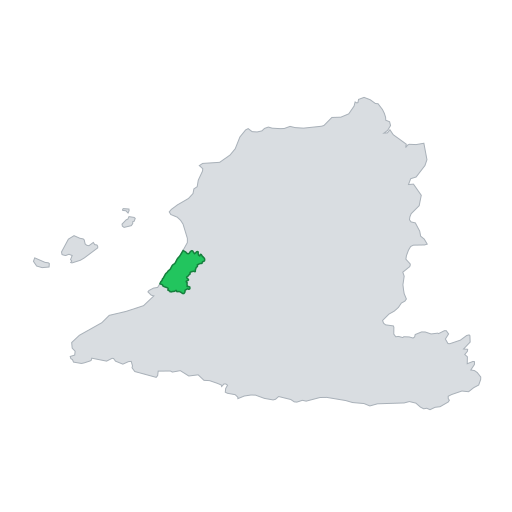 Castellón on a map of Spain (Robinson projection), rotated 179°
{"feature_id": "ESP-5814", "entity_name": "Castellón", "entity_type": "Autonomous Community", "adm_level": 1, "iso_a3": "ESP", "parent_name": "Spain", "parent_adm1": "", "projection": "robinson", "projection_center": [-0.258, 40.248], "detail": "fine", "context": "in_parent", "style": "filled", "palette": "green", "viewbox_px": 512, "rotation_deg": 179, "n_neighbors": 0, "source": "natural_earth", "source_scale": "10m", "svg_char_len": 6389}
<svg xmlns="http://www.w3.org/2000/svg" viewBox="0 0 512 512"><g transform="rotate(179 256 256)"><path d="M276.6,113.7L276.6,115.1L279.2,117.7L287.1,119.3L289.1,120.4L288.6,124.1L286.7,127.3L288.4,128.6L290.3,128.6L292.6,126.1L293.1,127.7L296.7,129.3L304.6,132.2L310.2,132.6L315.9,138.2L325.3,137.2L333.7,142.7L341.7,141.4L343.5,142.5L355.8,142.6L356.4,138.2L357.9,136.4L379.2,142.6L381.9,146.4L381.4,148.3L382.6,152.8L385.4,152.6L391.0,150.2L398.3,153.3L400.2,156.0L401.7,156.2L407.2,153.5L422.0,156.7L422.6,154.6L423.6,154.0L429.8,152.1L432.4,151.6L440.3,153.1L441.3,155.6L442.9,156.6L443.5,158.8L439.0,160.1L438.5,163.9L441.4,167.1L441.8,172.7L434.0,179.8L411.3,192.0L403.8,199.2L386.8,202.9L369.3,208.3L358.8,217.9L361.5,218.7L364.7,222.0L363.6,223.4L359.0,225.7L354.9,226.3L347.3,238.3L336.6,250.6L332.7,256.2L324.4,270.6L324.3,274.8L328.4,289.2L330.8,293.0L334.1,296.2L340.4,298.9L342.0,301.6L339.8,304.1L333.5,308.6L322.5,314.7L317.9,319.5L316.9,324.2L313.6,326.3L312.4,332.8L308.0,341.8L307.7,344.2L311.1,347.4L307.7,349.5L290.7,350.3L280.2,357.4L274.9,363.6L270.0,375.3L264.2,382.2L261.6,383.5L257.7,380.4L252.7,380.0L247.9,381.0L245.3,383.4L241.4,384.7L237.5,383.5L229.2,382.9L225.5,383.0L219.7,385.0L214.7,383.7L206.3,383.0L188.2,384.6L185.8,385.3L177.7,393.2L168.8,393.3L160.8,396.5L155.3,404.2L154.2,408.3L152.6,407.3L151.4,407.6L150.7,410.8L145.2,412.7L139.0,410.2L134.0,406.4L131.3,406.1L127.0,400.2L125.2,396.4L124.0,392.4L123.9,389.5L120.1,387.9L119.2,384.1L122.2,379.3L126.0,376.6L122.5,376.8L119.9,379.9L116.7,374.9L103.8,365.2L104.5,361.8L102.3,364.4L100.7,365.0L94.0,364.6L86.2,365.8L83.4,349.3L85.5,343.5L94.5,332.2L100.0,330.6L102.3,324.8L97.3,325.1L89.7,313.8L92.0,303.4L100.1,295.6L101.5,292.4L101.9,289.5L100.4,287.4L96.1,286.3L91.9,278.0L91.0,272.9L87.5,270.0L84.6,264.9L87.3,264.1L98.5,264.1L101.2,262.8L103.4,259.3L105.6,253.7L106.2,250.2L102.0,245.4L101.9,244.3L102.5,242.7L109.5,237.3L108.2,233.2L109.6,224.7L109.1,219.8L108.5,215.7L106.4,210.4L107.9,208.3L111.5,206.4L114.5,202.1L118.7,198.5L124.1,195.6L130.6,189.3L129.6,186.5L127.6,184.9L119.9,183.7L119.4,182.4L119.6,175.5L117.7,172.8L114.9,173.1L110.7,171.9L109.6,172.7L104.2,172.4L100.4,171.2L98.8,172.3L98.2,174.7L91.8,177.2L88.2,177.1L82.3,175.0L75.6,175.7L74.8,175.2L69.0,178.0L67.1,178.0L64.8,174.7L68.1,169.7L65.6,165.1L63.8,164.9L53.1,168.3L46.8,172.8L44.3,173.4L43.5,172.6L43.4,166.2L50.1,159.4L46.0,159.0L46.3,157.0L49.0,153.9L46.4,151.5L46.7,144.6L40.9,146.8L39.4,146.5L39.5,143.7L43.2,138.3L39.5,137.6L36.8,135.6L33.4,131.1L33.5,128.7L35.6,123.1L40.7,120.5L45.8,116.6L52.5,117.4L62.8,114.1L66.3,112.4L66.3,110.1L65.2,108.4L66.3,106.7L74.6,102.1L79.6,101.6L84.7,99.3L88.0,100.8L91.0,100.3L94.3,102.1L98.7,106.1L105.2,107.8L110.4,106.5L137.1,106.1L144.8,104.1L150.6,106.6L162.0,107.8L168.8,109.9L187.7,113.4L194.5,113.4L208.4,110.0L212.1,110.9L217.7,109.2L220.3,109.5L223.7,111.9L235.8,115.1L239.0,112.4L241.4,111.8L250.1,113.5L258.9,116.9L263.5,117.1L270.2,116.2L276.6,113.7ZM439.8,259.7L443.0,261.0L446.3,259.8L448.1,260.2L449.9,260.8L450.4,263.4L443.3,276.1L437.6,279.5L431.8,276.8L428.5,276.1L427.5,275.1L426.6,271.0L425.1,269.7L422.9,269.2L418.4,272.4L417.1,270.2L414.9,269.8L414.1,268.5L414.1,266.9L427.8,257.0L431.7,254.8L440.1,252.3L441.4,252.7L440.3,254.2L441.5,255.6L439.8,259.7ZM478.6,254.5L477.3,258.0L467.0,253.3L463.7,252.8L462.8,252.1L463.1,248.6L470.0,248.1L475.5,249.8L478.6,254.5ZM383.5,295.1L382.3,297.6L377.2,296.7L376.1,295.7L377.2,292.9L378.6,292.5L378.7,290.5L380.2,288.5L387.4,286.9L389.1,288.2L389.4,290.2L385.1,294.5L383.5,295.1ZM388.5,305.1L387.8,305.7L382.2,305.2L382.1,303.5L383.2,301.2L385.3,303.5L388.5,303.9L388.5,305.1Z" fill="#d9dde1" stroke="#a8b0b8" stroke-width="1"/><path d="M352.5,229.9L352.3,230.4L351.8,231.6L351.2,232.4L350.6,232.9L350.2,233.6L350.0,234.6L349.1,235.5L346.8,239.6L346.4,240.1L345.6,240.7L345.1,241.2L344.0,242.7L342.0,244.2L340.0,247.9L339.1,248.8L337.4,249.8L336.6,251.0L335.1,253.9L334.3,255.1L332.2,257.3L328.8,262.7L326.2,261.2L325.0,259.8L323.7,259.4L322.6,259.9L321.6,261.5L320.8,262.1L320.1,262.4L319.3,262.2L317.5,259.4L316.3,260.1L315.7,260.9L315.2,261.3L314.7,261.5L314.1,261.3L313.7,261.0L313.7,260.6L313.8,260.2L313.8,259.6L313.4,257.8L312.3,257.1L311.5,258.6L310.7,258.4L309.5,256.4L308.9,256.1L308.7,255.7L308.3,255.3L308.1,255.1L307.9,254.9L307.6,254.4L307.4,253.8L307.4,253.6L307.4,253.3L307.4,253.0L307.5,252.4L307.6,252.1L307.8,251.9L308.6,251.5L309.0,251.4L309.4,251.1L309.5,251.1L309.8,250.7L309.9,250.4L310.1,249.7L310.4,249.5L310.7,249.5L311.2,249.5L312.5,249.3L314.8,248.2L314.7,247.4L314.7,247.1L314.7,246.8L314.9,246.5L315.4,246.0L315.9,245.7L316.1,245.3L316.3,244.9L316.4,244.3L316.5,244.0L316.8,243.7L316.9,243.0L316.9,242.8L316.9,242.5L316.9,241.9L317.0,241.6L317.2,241.4L317.5,241.4L317.8,241.5L318.1,241.7L318.6,241.8L318.8,241.8L319.0,241.8L319.3,241.7L319.6,241.6L320.2,241.6L320.5,241.5L321.7,241.0L322.0,240.8L322.2,240.5L322.3,240.1L322.3,239.7L322.2,239.5L322.2,239.2L323.0,238.7L323.4,238.3L323.9,237.5L324.2,237.2L325.5,236.4L325.7,236.1L325.7,235.7L325.6,235.4L325.4,235.1L325.0,234.7L324.8,234.5L324.3,234.1L324.1,233.9L324.0,233.6L323.9,233.3L324.1,233.0L324.5,232.7L326.0,232.1L326.2,231.9L326.2,231.7L325.9,231.0L325.9,230.9L325.4,230.6L325.3,230.4L325.3,230.1L325.4,229.9L325.5,229.6L325.5,229.0L325.5,228.7L325.4,228.4L325.3,227.9L325.4,227.6L325.4,227.2L325.4,226.7L325.2,226.6L324.4,226.8L324.1,226.7L323.8,226.6L323.6,226.5L323.3,226.4L323.0,226.3L322.8,226.2L322.7,225.9L322.7,225.4L322.7,225.1L322.7,224.8L322.7,224.5L323.0,224.2L323.4,224.0L323.7,223.9L324.3,224.0L324.8,224.4L325.1,224.4L325.5,224.2L325.8,224.0L327.4,223.1L327.6,222.8L327.6,222.6L327.6,222.3L327.6,221.7L327.8,221.1L327.9,220.8L328.1,220.5L328.7,219.8L329.1,219.7L329.7,219.7L330.2,219.9L330.5,220.1L330.7,220.3L331.2,220.7L332.7,221.6L333.6,221.8L335.2,221.7L335.8,221.8L336.0,222.1L336.1,222.4L336.1,222.7L336.2,222.9L336.4,223.0L336.7,223.0L337.0,222.8L337.3,222.6L337.6,222.4L337.9,222.2L338.3,222.1L338.7,222.0L340.0,222.0L340.9,221.6L341.8,221.8L342.4,221.7L342.6,221.8L342.7,222.1L342.9,222.4L343.3,222.8L344.0,223.0L344.4,223.2L344.7,223.5L344.7,223.8L344.5,224.0L344.4,224.4L344.3,224.7L344.6,225.3L344.9,225.6L345.7,226.0L348.0,226.8L349.0,227.3L349.4,227.6L349.7,227.8L349.7,228.1L349.8,228.4L350.0,228.8L350.3,229.0L352.4,229.8L352.5,229.9Z" fill="#22c55e" stroke="#15803d" stroke-width="1.5"/></g></svg>